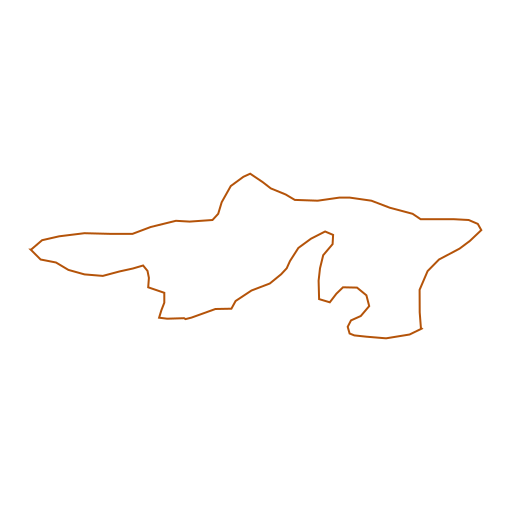 outline of Osby, Skåne, Sweden
{"feature_id": "70781695B63851832202754", "entity_name": "Osby", "entity_type": "district", "adm_level": 2, "iso_a3": "SWE", "parent_name": "Sweden", "parent_adm1": "Skåne", "projection": "equal_earth", "projection_center": [14.155, 56.44], "detail": "fine", "context": "isolated", "style": "outline", "palette": "amber", "viewbox_px": 512, "rotation_deg": 0, "n_neighbors": 0, "source": "geoboundaries", "source_scale": "gbopen_adm2", "svg_char_len": 1234}
<svg xmlns="http://www.w3.org/2000/svg" viewBox="0 0 512 512"><path d="M185.5,319.1L191.5,317.6L203.2,313.4L215.4,309.0L231.4,308.7L235.6,301.0L251.5,290.5L269.8,283.5L281.1,274.3L286.7,268.3L290.0,261.0L298.4,247.9L311.0,238.7L325.1,231.5L333.1,234.9L332.6,244.1L323.2,255.2L320.0,268.3L318.6,280.7L319.1,299.1L329.8,302.3L336.4,293.7L343.0,287.3L357.0,287.6L366.4,295.3L369.2,306.1L360.8,316.0L351.0,320.4L347.7,326.8L349.6,333.5L354.3,335.4L366.5,336.7L384.5,338.2L386.2,338.3L409.6,334.5L421.7,328.6L420.9,327.9L419.7,312.3L419.6,289.8L427.6,271.1L439.0,259.5L459.6,248.6L469.9,240.9L481.3,230.1L480.5,228.7L477.8,223.9L468.7,220.0L453.8,219.2L420.6,219.2L412.6,213.8L389.7,207.7L371.4,200.7L349.7,197.6L339.4,197.6L317.7,200.7L294.8,199.9L285.7,194.5L270.8,188.4L262.8,182.2L250.2,173.7L243.4,176.8L230.8,186.0L221.7,202.2L218.2,213.8L212.5,220.0L189.6,221.6L175.9,220.8L150.7,227.0L132.4,233.9L111.8,233.9L84.4,233.2L59.2,236.3L42.1,240.2L31.1,249.6L30.7,249.6L40.6,259.5L56.0,262.5L68.4,269.9L84.5,274.4L102.8,275.9L119.7,271.4L132.9,268.5L143.1,265.5L147.5,270.9L148.9,277.9L148.2,287.3L164.3,292.8L164.3,302.7L161.4,310.2L159.1,317.7L167.2,318.7L184.1,318.2L185.5,319.1Z" fill="none" stroke="#b45309" stroke-width="2"/></svg>